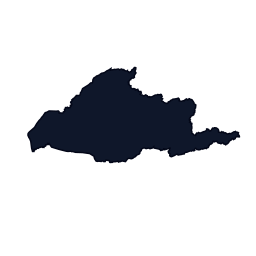 Ta Veaeng, Rôtânôkiri, Cambodia, rotated 62°
{"feature_id": "14789045B64125639781639", "entity_name": "Ta Veaeng", "entity_type": "district", "adm_level": 2, "iso_a3": "KHM", "parent_name": "Cambodia", "parent_adm1": "Rôtânôkiri", "projection": "natural_earth1", "projection_center": [107.276, 14.308], "detail": "fine", "context": "isolated", "style": "filled", "palette": "ink", "viewbox_px": 256, "rotation_deg": 62, "n_neighbors": 0, "source": "geoboundaries", "source_scale": "gbopen_adm2", "svg_char_len": 5782}
<svg xmlns="http://www.w3.org/2000/svg" viewBox="0 0 256 256"><g transform="rotate(62 128 128)"><path d="M142.2,171.7L143.2,170.5L143.5,169.4L145.0,167.3L144.8,166.5L145.0,165.9L146.1,165.4L146.9,164.0L146.0,162.5L148.1,159.8L149.7,160.2L150.0,160.0L150.6,158.8L150.5,158.3L151.0,157.9L150.9,156.8L151.9,154.8L152.3,153.3L152.7,152.3L153.6,152.4L153.7,152.1L153.6,151.6L154.1,150.6L154.3,148.7L156.5,146.0L154.9,142.6L155.4,141.0L156.6,139.7L156.9,138.7L156.9,137.3L156.6,136.6L156.8,135.3L156.5,134.8L156.4,133.7L156.0,133.3L156.2,130.3L155.9,129.5L155.1,129.1L154.7,128.4L154.2,128.1L154.2,127.0L152.9,126.0L152.9,123.7L153.1,123.0L154.7,121.7L155.3,119.3L156.6,118.3L157.1,115.8L156.6,114.1L157.4,114.5L158.0,114.3L160.9,110.8L162.1,109.7L163.1,109.8L163.3,109.5L163.3,108.6L163.7,107.9L163.6,106.8L164.2,106.0L163.4,105.9L164.7,104.3L165.4,100.4L165.7,100.5L166.1,101.4L167.2,101.8L167.4,103.3L167.7,103.5L169.2,103.8L170.7,102.9L171.2,103.6L172.1,104.2L173.2,103.7L173.7,103.2L174.0,101.5L173.8,100.7L174.1,100.0L173.9,97.8L174.6,96.4L175.3,96.5L175.6,96.0L175.7,95.3L176.6,92.8L176.6,91.9L177.3,90.6L176.5,89.5L176.4,88.6L177.0,87.5L177.4,83.8L178.2,82.8L178.2,81.1L179.1,80.6L179.0,79.6L178.7,79.7L178.3,79.4L177.6,78.0L178.5,77.4L179.4,77.3L180.2,75.9L180.6,75.7L181.0,73.9L180.8,73.0L181.1,72.4L181.5,72.3L181.5,71.6L182.0,70.9L181.8,69.5L182.9,68.6L182.4,67.7L182.9,67.0L182.8,66.3L182.4,65.6L181.4,65.1L181.6,64.6L180.9,63.7L181.1,63.5L180.9,62.2L181.2,61.9L180.7,60.1L179.7,59.0L179.9,58.6L180.8,58.2L180.8,57.2L181.0,57.0L181.4,55.7L182.3,55.8L182.7,55.4L183.3,55.6L184.3,54.6L184.4,54.1L185.4,53.5L185.7,52.5L185.4,51.2L186.6,50.7L187.0,50.9L187.8,50.1L188.7,49.6L188.2,48.8L188.6,48.2L188.3,46.6L187.6,45.2L187.0,45.0L187.1,42.7L186.6,42.2L186.4,40.8L186.4,40.4L187.0,40.6L187.7,40.4L187.7,38.4L186.9,37.6L186.6,36.0L186.8,35.5L187.2,35.4L187.9,34.2L188.1,33.8L187.8,33.6L186.5,33.4L185.5,33.9L184.3,33.1L184.1,32.7L183.8,32.8L182.9,33.6L182.4,34.6L181.5,34.7L181.5,35.4L181.1,36.4L181.3,39.5L181.0,40.3L180.5,40.7L180.0,43.1L178.0,44.2L177.5,45.5L176.7,45.5L176.3,45.7L176.2,46.3L175.4,46.9L176.0,47.3L175.6,48.3L175.0,48.6L174.4,49.8L173.8,49.9L172.7,49.1L171.4,49.0L169.5,49.9L169.1,50.7L168.7,50.9L168.3,51.7L168.4,52.7L167.8,53.4L169.2,55.9L169.0,57.4L168.2,57.7L167.3,57.4L166.1,58.4L165.8,59.0L166.6,59.4L167.2,61.0L166.6,63.7L166.9,64.4L166.5,65.1L166.6,65.8L166.1,67.1L165.1,67.8L165.4,68.8L164.7,69.7L165.4,71.1L166.0,71.2L166.3,71.9L165.0,73.1L163.4,73.5L162.8,74.1L160.8,73.2L159.7,73.2L158.4,71.9L156.8,71.0L156.3,71.1L154.0,69.5L153.8,69.5L153.6,70.2L153.3,69.9L151.9,70.8L151.6,69.8L151.0,69.7L150.5,70.1L149.7,70.1L149.4,69.8L149.5,69.2L148.8,69.4L148.6,68.9L148.0,68.6L148.0,68.0L146.9,66.3L147.3,65.0L147.1,63.6L146.3,63.2L146.0,62.7L145.6,62.8L145.7,62.1L145.3,61.5L144.4,61.3L144.2,60.8L143.3,60.8L142.9,60.5L142.6,59.9L142.0,59.7L142.0,59.0L139.5,57.3L137.3,58.4L136.6,57.9L133.3,58.2L132.4,58.9L131.8,60.0L131.1,59.9L130.8,60.3L131.3,61.6L131.0,62.4L130.1,62.4L129.8,62.6L129.8,64.2L130.4,65.5L129.9,66.2L129.6,68.1L128.4,69.9L127.9,70.1L127.6,69.5L126.1,69.2L125.2,69.6L125.3,70.5L125.0,70.7L124.9,71.6L124.3,73.0L124.3,73.8L123.6,74.6L123.8,75.3L123.7,77.6L124.1,77.8L124.2,78.5L123.9,80.2L124.6,80.9L124.7,82.0L124.3,82.2L123.9,83.1L122.8,83.8L122.3,84.4L121.2,84.6L120.3,85.5L118.9,84.8L118.5,83.7L116.9,84.5L116.5,84.1L116.2,83.1L114.1,82.9L113.8,83.2L113.6,83.5L113.9,84.2L113.4,84.5L113.0,85.4L112.4,85.9L112.4,87.1L111.7,88.5L111.7,92.3L111.0,93.7L111.0,94.4L110.3,94.5L110.1,95.8L108.6,95.8L107.7,96.7L107.1,96.7L107.1,98.8L106.7,99.4L105.6,99.9L104.8,101.1L103.8,101.4L103.5,99.8L101.8,99.5L100.6,101.6L99.9,101.3L98.4,101.2L97.9,103.7L96.7,103.5L96.6,103.8L95.9,104.3L95.9,105.0L95.6,105.7L93.4,106.7L93.0,106.5L92.3,105.6L91.2,106.6L90.5,106.5L89.7,107.0L88.9,106.3L88.8,105.9L88.4,106.0L88.3,106.4L87.5,106.2L87.1,104.8L86.6,104.2L86.3,103.1L86.5,102.8L86.0,102.3L85.7,101.4L86.5,99.6L86.2,99.0L86.2,98.5L85.2,98.2L84.3,97.4L83.1,95.1L81.0,95.2L79.9,93.7L78.5,92.8L77.8,93.4L77.6,94.1L78.4,95.5L78.5,97.3L79.6,98.6L79.4,99.6L79.6,101.0L78.5,101.2L77.7,101.8L77.2,101.6L77.3,101.9L76.6,103.2L75.6,104.0L74.4,104.3L74.5,105.1L73.6,105.7L73.0,105.8L72.7,107.1L72.8,108.0L71.4,108.8L70.4,111.9L70.0,112.1L68.8,116.2L67.5,115.2L67.8,118.3L67.6,119.6L68.0,122.3L67.8,124.0L67.3,125.4L67.4,127.2L67.9,128.2L67.6,129.2L67.6,130.9L67.3,131.4L67.7,132.3L67.8,134.7L68.9,136.3L70.3,137.2L71.3,138.2L70.7,139.9L71.4,142.3L71.9,149.6L73.9,151.9L74.8,153.7L75.7,154.1L76.4,155.3L76.4,155.8L75.1,158.2L75.4,158.4L75.4,159.4L76.2,160.9L76.3,162.8L77.0,163.2L76.7,163.8L76.8,164.4L77.2,164.4L78.1,165.2L78.1,166.2L78.7,166.7L79.9,166.4L80.4,166.7L81.1,166.8L81.0,168.2L81.8,168.1L82.7,169.3L82.3,169.5L82.5,171.2L82.0,171.3L81.8,171.8L81.3,171.7L81.2,172.5L80.6,173.6L81.7,174.5L81.7,175.2L82.1,175.3L82.2,175.6L83.4,175.8L83.7,176.6L83.4,177.5L84.2,178.5L84.1,179.2L83.2,180.1L82.4,181.8L81.1,181.2L80.2,181.6L79.6,183.3L75.9,189.7L76.0,191.9L75.6,193.9L77.6,197.7L78.1,199.3L79.0,200.8L79.6,202.9L81.3,206.5L83.6,210.2L85.2,217.0L85.7,218.3L86.3,219.1L87.9,219.9L88.8,219.8L89.9,220.0L91.2,219.8L94.1,220.1L100.7,222.6L103.9,223.3L104.5,222.1L104.0,221.9L104.0,221.4L103.2,221.7L102.7,220.9L103.3,220.1L103.1,219.5L103.6,219.2L103.2,217.6L103.8,216.8L103.6,215.4L103.9,214.6L103.9,213.5L104.4,213.0L104.4,212.2L104.5,212.1L105.0,212.5L105.3,212.0L105.2,211.6L105.6,211.3L105.1,210.8L105.2,209.2L104.8,209.0L104.6,208.3L104.2,208.3L105.1,206.2L104.9,206.1L104.5,206.4L104.1,206.3L104.0,206.1L104.7,205.9L104.5,205.0L109.0,204.4L114.6,198.8L119.4,193.5L120.5,192.0L121.7,189.3L122.5,188.8L122.8,187.9L124.8,185.8L128.3,179.7L132.6,173.8L137.3,171.1L138.2,171.7L139.8,171.9L142.2,171.7Z" fill="#0f172a" stroke="#020617" stroke-width="1.5"/></g></svg>